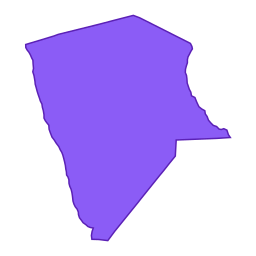 the district of Wagner, Bahia, Brazil
{"feature_id": "56859067B26667304693986", "entity_name": "Wagner", "entity_type": "district", "adm_level": 2, "iso_a3": "BRA", "parent_name": "Brazil", "parent_adm1": "Bahia", "projection": "natural_earth1", "projection_center": [-41.154, -12.251], "detail": "fine", "context": "isolated", "style": "filled", "palette": "violet", "viewbox_px": 256, "rotation_deg": 0, "n_neighbors": 0, "source": "geoboundaries", "source_scale": "gbopen_adm2", "svg_char_len": 1470}
<svg xmlns="http://www.w3.org/2000/svg" viewBox="0 0 256 256"><path d="M25.7,44.5L25.8,47.6L27.2,50.1L28.9,52.2L30.4,54.9L31.7,58.0L32.9,60.2L33.1,64.0L33.5,68.5L32.8,71.8L34.0,75.6L34.6,79.1L35.0,81.6L35.2,84.1L36.3,88.0L37.1,91.1L38.1,94.3L39.6,98.6L40.3,100.9L41.9,104.0L42.4,107.4L43.3,110.6L44.0,114.8L44.0,118.1L45.3,120.7L47.0,123.0L48.8,125.2L49.1,129.3L50.3,132.7L52.0,137.1L54.1,139.8L56.3,143.3L58.8,146.6L60.2,149.7L61.8,152.4L62.8,155.0L63.7,158.3L64.6,161.9L65.4,165.6L65.8,169.0L66.4,171.9L66.6,175.0L67.9,176.9L68.9,179.7L69.0,183.4L69.8,186.4L71.1,189.3L71.9,192.5L72.4,195.7L72.7,198.3L73.0,201.1L73.9,204.0L75.2,206.7L77.1,209.1L78.3,212.0L78.5,214.8L79.5,217.8L81.4,220.3L83.1,222.7L85.8,224.6L87.9,226.5L90.3,227.5L93.3,228.0L92.1,231.4L91.4,235.5L91.9,239.3L98.9,239.5L107.8,240.6L114.7,231.3L138.4,202.0L140.0,199.9L159.7,175.4L163.6,170.7L169.2,163.6L175.3,156.1L176.2,140.0L178.6,139.9L216.6,138.4L230.3,137.5L228.4,134.7L226.9,130.1L223.8,128.7L221.3,129.5L219.1,129.1L216.6,126.5L213.3,125.4L210.7,122.8L208.5,120.2L207.1,116.5L205.3,113.9L204.8,110.7L201.6,108.9L198.9,106.7L197.8,104.4L196.6,101.8L194.9,97.5L191.5,95.8L190.8,92.1L189.3,89.3L188.3,86.3L187.2,83.1L186.9,78.6L186.5,75.5L185.3,72.5L185.5,69.1L186.4,65.8L187.4,62.8L187.4,59.7L188.0,56.9L189.4,54.3L191.0,51.1L192.4,48.9L191.9,46.4L190.4,43.4L139.7,17.8L133.3,15.4L114.2,20.3L100.1,24.0L58.2,34.4L53.9,36.0L25.7,44.5Z" fill="#8b5cf6" stroke="#5b21b6" stroke-width="1.5"/></svg>